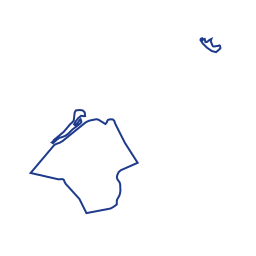 the Province of Sóc Trăng, rotated 262°
{"feature_id": "VNM-508", "entity_name": "Sóc Trăng", "entity_type": "Province", "adm_level": 1, "iso_a3": "VNM", "parent_name": "Vietnam", "parent_adm1": "", "projection": "robinson", "projection_center": [106.207, 9.284], "detail": "fine", "context": "isolated", "style": "outline", "palette": "blue", "viewbox_px": 256, "rotation_deg": 262, "n_neighbors": 0, "source": "natural_earth", "source_scale": "10m", "svg_char_len": 1419}
<svg xmlns="http://www.w3.org/2000/svg" viewBox="0 0 256 256"><g transform="rotate(262 128 128)"><path d="M97.0,25.3L121.5,52.7L122.4,55.5L122.9,58.3L124.3,61.6L139.1,86.2L140.1,88.6L140.7,91.1L141.1,97.8L140.4,99.8L135.1,106.2L136.5,107.8L137.8,108.4L138.8,109.3L139.1,111.6L138.6,114.1L137.2,115.3L133.2,116.2L113.6,122.9L92.2,132.7L87.2,115.0L85.7,112.7L82.7,110.7L80.4,110.1L78.6,110.4L75.4,112.1L73.3,112.4L67.1,111.8L64.1,110.9L61.9,109.8L58.9,107.4L57.5,106.8L53.8,106.2L51.9,102.6L50.7,99.5L49.5,75.0L64.5,70.0L81.4,58.5L83.5,57.7L85.4,57.3L86.2,56.6L86.6,55.6L86.7,53.5L87.0,51.6L97.0,25.3ZM141.1,73.3L142.9,75.3L150.9,77.4L152.7,78.9L152.5,83.0L151.6,85.8L149.5,87.3L145.8,87.2L145.8,86.2L146.6,83.2L144.4,79.7L141.3,76.7L139.1,75.1L138.1,76.1L140.2,79.1L142.6,81.2L143.3,82.3L140.5,82.7L139.1,81.3L134.2,72.7L130.6,67.9L129.0,64.9L128.3,62.2L127.8,58.7L126.5,56.1L123.4,51.6L124.3,50.6L124.7,51.4L125.1,51.9L126.3,52.8L133.2,63.9L140.0,71.5L141.1,73.3ZM205.6,216.3L202.3,216.7L202.3,218.5L203.8,220.8L204.6,223.0L202.8,222.2L201.3,222.2L199.9,222.7L198.3,223.0L197.0,223.6L196.7,225.2L196.8,227.0L196.7,228.5L196.9,229.2L197.1,230.0L196.6,230.5L194.3,230.7L193.6,230.0L191.4,226.7L190.9,225.7L192.5,221.8L196.4,217.5L201.1,213.9L205.0,212.0L205.6,212.2L206.1,212.5L206.4,213.1L206.5,214.1L206.1,214.2L204.6,214.1L205.4,215.1L205.5,215.6L205.6,216.3Z" fill="none" stroke="#1e3a8a" stroke-width="2"/></g></svg>